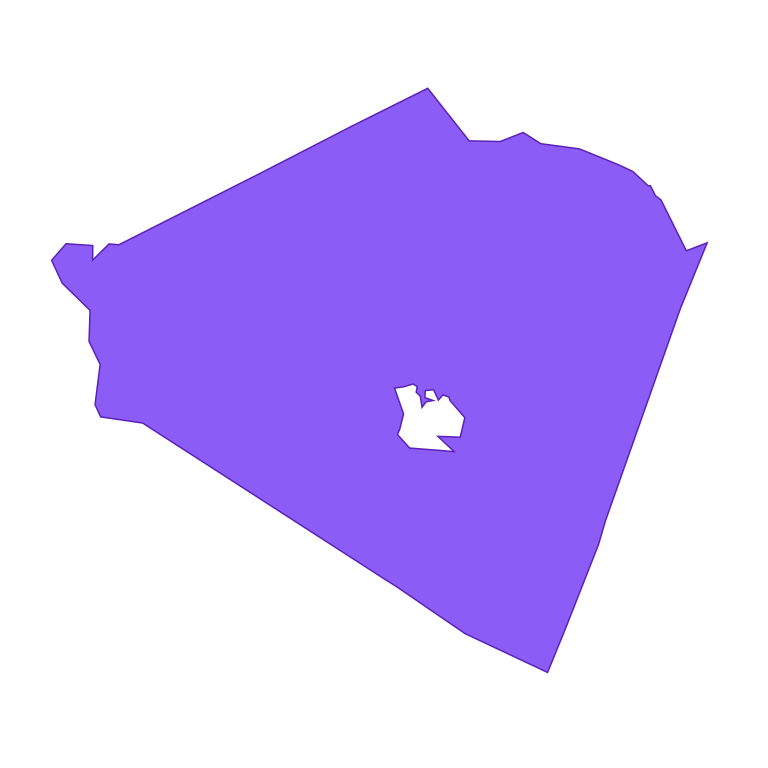 the district of Albemarle, Virginia, United States of America, rotated 88°
{"feature_id": "52423323B56828641203792", "entity_name": "Albemarle", "entity_type": "district", "adm_level": 2, "iso_a3": "USA", "parent_name": "United States of America", "parent_adm1": "Virginia", "projection": "mercator", "projection_center": [-78.564, 38.001], "detail": "fine", "context": "isolated", "style": "filled", "palette": "violet", "viewbox_px": 768, "rotation_deg": 88, "n_neighbors": 0, "source": "geoboundaries", "source_scale": "gbopen_adm2", "svg_char_len": 923}
<svg xmlns="http://www.w3.org/2000/svg" viewBox="0 0 768 768"><g transform="rotate(88 384 384)"><path d="M414.6,626.6L578.7,390.7L587.0,378.5L636.3,311.7L678.0,230.6L633.7,210.7L551.9,175.2L529.1,167.7L319.0,85.2L254.2,56.1L261.4,77.2L209.8,100.7L205.2,106.2L195.2,110.8L195.0,113.2L180.4,127.8L173.6,140.9L155.9,180.4L149.3,218.9L137.5,236.2L145.7,259.4L144.0,290.4L90.0,330.0L125.0,406.8L169.7,501.6L235.6,644.2L234.4,653.9L250.1,670.9L235.5,670.2L232.7,696.8L248.8,711.9L272.1,702.0L300.1,675.2L331.1,677.3L354.5,667.0L394.5,673.5L407.0,668.3L414.6,626.6ZM385.0,355.0L387.7,350.9L393.3,352.1L397.6,348.1L408.6,346.8L403.3,342.6L402.2,335.5L399.0,343.7L392.0,342.8L391.5,334.6L402.0,330.2L396.9,325.4L399.4,319.5L403.0,318.5L420.4,304.4L439.8,309.7L438.2,332.0L454.0,316.3L448.9,360.6L435.0,372.3L429.9,369.9L414.6,365.5L388.5,373.6L387.5,364.5L385.0,355.0Z" fill="#8b5cf6" stroke="#5b21b6" stroke-width="1.5"/></g></svg>